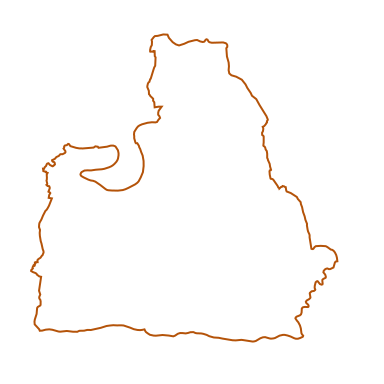 outline of Krok Phra, Nakhon Sawan, Thailand, rotated 276°
{"feature_id": "78962969B8513684834011", "entity_name": "Krok Phra", "entity_type": "district", "adm_level": 2, "iso_a3": "THA", "parent_name": "Thailand", "parent_adm1": "Nakhon Sawan", "projection": "mercator", "projection_center": [100.023, 15.583], "detail": "fine", "context": "isolated", "style": "outline", "palette": "amber", "viewbox_px": 384, "rotation_deg": 276, "n_neighbors": 0, "source": "geoboundaries", "source_scale": "gbopen_adm2", "svg_char_len": 5881}
<svg xmlns="http://www.w3.org/2000/svg" viewBox="0 0 384 384"><g transform="rotate(276 192 192)"><path d="M345.9,151.2L345.7,147.0L343.7,141.6L343.2,138.9L342.2,137.9L339.0,135.9L337.4,136.5L333.9,136.7L331.7,135.8L328.9,135.5L327.3,135.7L327.2,136.3L327.5,137.5L327.4,138.5L328.2,138.9L328.2,140.1L323.2,140.8L322.1,141.7L313.7,142.2L311.9,141.4L309.6,140.9L300.3,139.1L299.8,138.6L297.1,138.1L296.4,137.3L295.1,136.8L292.6,136.5L291.6,136.6L288.1,138.5L284.8,139.0L283.9,140.0L283.2,140.4L280.7,143.6L278.7,143.8L277.3,145.1L272.3,146.0L273.4,150.0L273.7,152.9L269.4,150.4L267.4,150.1L265.3,150.3L263.9,151.7L262.3,152.5L260.4,151.1L258.0,149.9L257.4,148.4L257.2,144.9L256.2,140.6L254.1,135.2L252.7,132.8L251.5,131.4L249.6,130.2L245.7,128.3L243.1,128.3L241.6,128.7L239.5,128.9L235.2,130.6L234.6,131.2L234.8,132.5L232.3,134.4L230.9,134.9L229.5,135.9L226.4,137.3L223.1,139.1L217.8,140.6L212.7,141.2L206.6,141.1L201.2,139.5L197.0,137.8L195.4,136.6L193.6,134.6L189.5,128.4L187.8,125.5L186.7,123.0L185.6,118.1L185.1,112.0L185.0,108.5L185.2,107.1L185.8,105.8L189.4,100.0L192.2,94.8L192.8,92.5L192.9,90.0L193.5,87.5L195.2,82.7L196.2,80.5L196.8,79.7L198.0,79.2L199.6,79.7L200.3,80.2L202.1,82.8L202.6,85.6L202.9,89.3L204.1,94.0L205.2,100.0L205.9,102.4L207.9,106.9L209.1,109.0L210.3,110.5L211.9,112.0L214.1,113.6L215.7,114.4L217.4,114.9L220.8,115.1L222.9,114.9L225.7,114.0L227.6,112.5L229.1,111.3L229.5,110.6L229.9,108.9L229.6,106.2L228.2,102.8L226.2,94.4L227.2,93.6L227.3,91.1L225.9,89.5L223.9,78.9L223.6,75.3L223.8,72.1L224.9,66.3L226.8,64.6L226.9,63.8L225.5,62.6L225.0,60.8L224.0,60.1L222.7,60.2L221.8,59.7L219.4,61.8L218.4,62.0L217.6,61.6L216.1,59.4L215.8,57.1L213.9,55.7L212.6,53.5L210.6,52.1L209.0,49.5L208.4,49.6L207.6,50.4L207.3,51.8L206.8,52.3L205.2,52.8L204.2,52.2L204.1,51.7L203.2,51.1L203.0,50.5L204.1,47.8L205.6,46.3L205.2,45.2L204.6,44.7L202.6,44.1L201.2,42.9L199.6,42.4L199.6,41.4L197.2,42.0L196.9,44.6L196.3,44.6L195.9,46.4L194.1,45.7L191.1,46.2L189.1,46.3L188.2,46.1L185.0,47.2L184.1,47.0L183.8,46.6L182.9,47.7L182.8,49.4L181.7,50.0L180.7,50.1L177.3,49.2L176.6,50.8L176.1,51.2L174.1,50.3L171.2,50.1L171.0,53.3L163.4,51.2L160.5,50.0L159.0,49.2L157.9,48.2L153.0,46.3L148.9,45.1L145.5,43.6L144.2,43.4L141.1,43.5L138.4,44.8L135.4,44.8L132.4,45.3L127.3,46.7L125.0,47.7L119.6,49.5L117.6,50.5L116.2,50.7L113.4,49.9L112.9,49.3L110.8,48.2L109.2,46.2L108.0,45.4L106.1,45.8L105.9,43.7L105.5,43.1L104.7,43.2L104.5,43.7L103.4,43.2L102.9,43.3L102.6,43.0L102.2,43.1L101.9,42.7L102.2,42.3L101.8,42.3L101.5,41.6L99.9,41.3L99.3,41.7L97.6,40.3L96.7,40.2L95.8,41.9L95.1,44.6L94.7,45.5L94.4,46.0L93.7,46.3L92.1,48.9L91.9,50.8L77.8,50.2L74.2,51.8L71.9,51.1L70.8,51.1L70.0,51.4L68.9,52.4L67.4,52.9L64.0,53.2L63.3,53.0L61.5,50.6L60.4,50.1L54.5,50.2L48.7,49.0L46.6,48.9L43.9,49.4L39.5,54.4L38.1,55.1L38.5,57.5L39.8,60.9L40.5,64.4L40.4,67.5L39.3,73.8L39.3,75.5L40.7,82.0L40.6,88.3L41.0,92.5L42.2,94.5L42.8,99.2L43.9,102.3L44.2,105.9L44.6,107.1L47.4,115.5L49.8,121.0L50.6,124.2L51.3,127.6L51.5,131.4L52.0,135.3L52.1,137.9L50.6,144.7L49.5,148.4L49.1,152.1L49.2,154.8L49.7,157.0L50.4,159.1L48.6,160.2L47.8,161.0L46.6,163.1L45.6,165.1L45.2,168.8L45.3,171.0L46.7,177.7L46.8,184.0L46.5,188.5L47.4,190.2L49.5,192.7L50.5,194.9L50.7,197.3L50.7,200.5L51.4,202.8L52.4,205.1L52.8,208.1L52.1,210.2L52.0,211.6L52.3,216.1L52.1,218.2L51.4,221.6L50.4,224.2L49.6,228.9L49.8,233.8L49.4,237.7L48.8,247.9L49.0,251.0L50.1,256.5L50.1,258.0L49.6,268.0L49.9,269.4L50.5,271.0L53.7,275.3L54.9,277.7L55.3,279.9L54.5,284.4L54.4,285.8L54.8,287.9L55.4,289.7L58.3,294.1L59.4,297.3L59.6,299.1L59.3,301.9L58.6,305.1L57.3,308.8L56.9,310.7L57.1,312.6L58.1,314.8L59.5,317.2L60.1,317.5L60.7,317.6L61.9,316.3L63.0,315.6L67.7,314.5L70.6,313.3L73.6,311.3L75.0,309.8L76.7,308.4L77.0,308.1L78.0,308.2L79.0,309.1L80.6,312.2L81.7,313.2L83.6,313.6L87.6,313.4L88.6,314.0L89.0,314.5L89.5,316.1L89.7,319.3L89.9,319.7L90.6,319.9L91.5,319.7L92.3,319.0L93.5,317.3L94.7,316.7L96.1,317.4L97.7,319.7L99.0,320.7L99.6,320.8L103.4,319.7L104.0,319.8L105.7,321.3L106.4,323.7L107.4,324.7L107.9,324.8L109.4,324.0L111.5,323.9L115.1,324.4L116.0,325.2L116.4,325.8L116.4,326.3L113.8,328.9L113.4,330.6L113.8,331.4L114.6,331.5L117.3,330.9L118.4,330.9L119.3,331.7L120.6,333.8L121.3,334.0L121.9,333.9L123.8,333.1L125.8,331.1L127.3,331.2L129.0,332.4L129.8,333.6L130.1,334.7L129.6,336.2L129.8,337.5L131.7,340.6L136.9,341.5L137.9,342.3L138.3,343.8L141.8,343.0L144.4,342.0L146.9,340.4L148.3,339.0L149.1,337.6L149.3,336.0L151.4,332.4L152.1,330.7L151.9,325.7L151.1,320.9L150.1,319.7L148.3,318.7L147.9,318.2L147.8,317.4L148.0,316.7L159.1,313.7L161.1,313.5L162.1,313.2L164.8,311.6L166.7,310.9L170.7,309.8L172.4,309.7L176.2,307.7L179.5,306.6L183.6,304.6L188.6,303.0L191.3,301.6L193.3,301.1L196.1,298.0L198.0,296.8L201.3,290.3L202.4,286.1L203.5,285.5L206.6,284.7L206.6,284.1L207.2,283.1L207.4,281.4L206.6,281.0L206.2,279.9L204.5,278.5L205.0,278.3L205.3,277.6L205.9,277.1L207.0,276.5L212.8,271.5L213.3,270.5L213.4,268.9L213.6,268.7L217.4,267.5L220.6,266.9L221.6,267.1L221.9,268.1L222.3,268.3L225.4,267.0L228.1,266.3L231.7,264.2L232.7,263.9L233.8,263.2L237.8,262.8L240.5,262.1L242.0,260.8L243.7,260.2L244.7,259.5L245.2,258.4L245.7,258.1L248.8,258.1L254.6,257.5L255.3,257.1L256.1,255.8L258.2,255.5L259.9,256.2L261.9,256.3L262.8,256.2L264.2,255.5L265.1,256.9L267.1,258.3L268.1,258.6L268.9,259.3L270.3,259.1L271.2,259.7L272.0,259.8L275.2,258.1L285.5,250.1L291.1,246.2L294.0,241.6L296.7,240.0L301.2,236.2L304.6,234.0L308.9,229.8L311.3,223.9L312.2,219.0L313.8,216.7L317.0,215.7L320.9,215.6L324.6,214.9L330.4,212.6L338.6,211.1L340.0,211.9L341.4,211.8L342.2,211.5L343.1,210.7L343.5,210.0L344.0,207.3L342.5,196.1L342.8,193.7L343.3,192.8L345.1,191.5L345.4,190.5L344.9,189.7L342.9,188.6L342.6,188.0L342.3,187.0L342.6,184.4L343.7,181.2L343.3,179.1L341.0,172.8L338.6,168.8L336.4,163.8L337.1,160.6L339.0,157.1L342.9,152.9L345.9,151.2Z" fill="none" stroke="#b45309" stroke-width="2"/></g></svg>